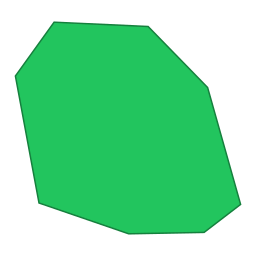 Rose Island, United States of America
{"feature_id": "52423323B32289273643205", "entity_name": "Rose Island", "entity_type": "district", "adm_level": 2, "iso_a3": "USA", "parent_name": "United States of America", "parent_adm1": "", "projection": "orthographic", "projection_center": [-168.153, -14.542], "detail": "fine", "context": "isolated", "style": "filled", "palette": "green", "viewbox_px": 256, "rotation_deg": 0, "n_neighbors": 0, "source": "geoboundaries", "source_scale": "gbopen_adm2", "svg_char_len": 231}
<svg xmlns="http://www.w3.org/2000/svg" viewBox="0 0 256 256"><path d="M15.4,76.0L39.0,203.0L128.7,233.8L204.1,232.4L240.6,204.4L207.6,87.5L148.1,26.5L54.1,22.2L15.4,76.0Z" fill="#22c55e" stroke="#15803d" stroke-width="1.5"/></svg>